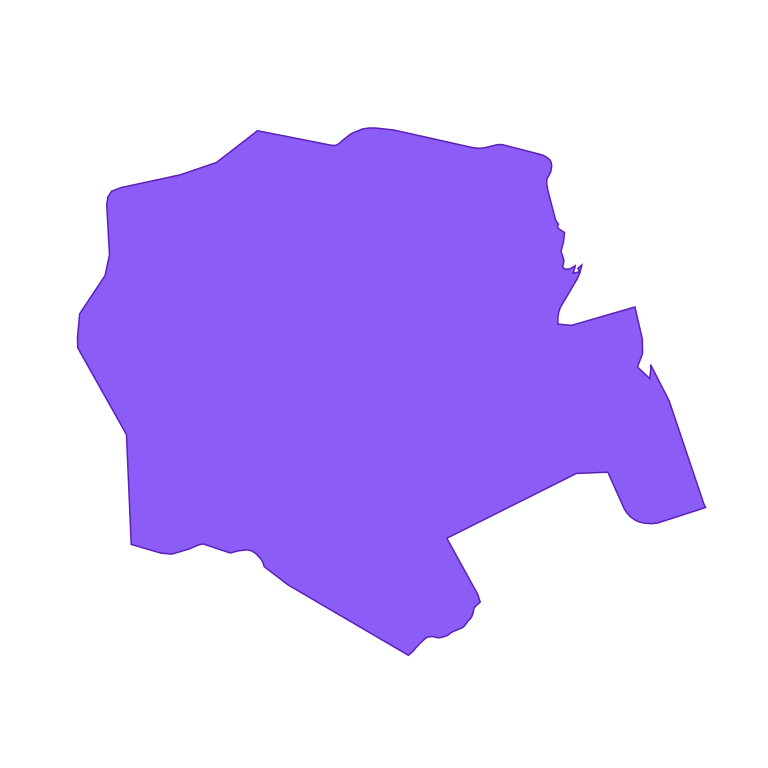 map outline of Sud-Bandama (Mercator projection), rotated 260°
{"feature_id": "CIV-3447", "entity_name": "Sud-Bandama", "entity_type": "Department", "adm_level": 1, "iso_a3": "CIV", "parent_name": "Ivory Coast", "parent_adm1": "", "projection": "mercator", "projection_center": [-5.503, 5.631], "detail": "fine", "context": "isolated", "style": "filled", "palette": "violet", "viewbox_px": 768, "rotation_deg": 260, "n_neighbors": 0, "source": "natural_earth", "source_scale": "10m", "svg_char_len": 1776}
<svg xmlns="http://www.w3.org/2000/svg" viewBox="0 0 768 768"><g transform="rotate(260 384 384)"><path d="M416.3,644.5L383.5,646.2L369.3,644.0L356.8,636.6L343.2,646.6L353.3,649.6L356.8,649.9L317.9,661.9L210.2,678.2L206.6,679.3L206.3,677.8L199.6,629.4L199.9,623.4L202.0,615.6L203.7,611.8L205.4,608.8L210.3,603.7L214.4,601.1L219.1,599.0L258.3,589.1L262.5,557.9L221.2,419.1L160.3,439.9L152.6,440.9L151.4,439.2L149.9,436.5L147.8,433.9L142.8,431.8L139.9,430.2L138.1,428.6L136.1,425.8L133.0,422.5L131.5,420.7L130.3,418.5L128.1,408.6L127.2,406.4L126.1,404.4L125.1,402.1L124.5,396.7L124.5,394.1L125.2,391.7L126.3,389.6L127.0,387.1L127.2,382.2L122.2,374.1L120.4,372.0L118.4,369.2L115.8,366.3L112.6,360.9L202.6,254.8L224.9,234.3L228.8,233.9L233.2,232.3L239.9,227.8L242.6,224.5L244.3,221.2L245.0,212.0L244.3,203.2L257.8,178.2L257.8,173.7L255.3,163.2L253.3,145.4L256.2,134.9L269.9,107.2L378.9,121.6L472.7,88.7L483.4,90.3L506.0,96.5L539.2,128.1L558.9,136.1L608.9,142.1L616.2,144.6L621.2,149.1L623.1,159.4L625.4,219.6L631.3,257.6L655.4,303.4L628.4,373.2L627.4,377.2L627.8,379.7L628.8,381.8L631.3,385.8L635.8,394.3L636.7,396.9L638.9,407.3L638.7,413.4L637.6,420.1L632.3,438.1L601.5,512.1L599.9,517.4L599.3,521.1L599.2,524.6L600.0,536.1L599.8,539.1L599.3,541.9L582.1,579.6L579.9,582.7L577.9,584.7L576.0,586.3L573.1,587.1L569.6,587.1L564.2,585.2L557.2,579.8L552.7,579.0L546.1,579.0L515.6,581.5L511.0,583.6L510.1,582.5L507.1,582.5L501.7,588.1L493.0,585.5L483.8,581.4L476.5,582.5L473.5,582.5L468.4,580.2L465.6,582.2L465.1,586.9L467.2,592.8L465.7,592.3L460.2,589.5L460.5,594.7L460.2,596.2L464.2,595.0L465.0,596.5L466.9,599.5L466.2,599.3L459.3,596.1L453.8,592.4L428.6,570.8L424.2,568.5L418.9,566.7L412.8,565.7L409.2,578.7L416.3,644.5Z" fill="#8b5cf6" stroke="#5b21b6" stroke-width="1.5"/></g></svg>